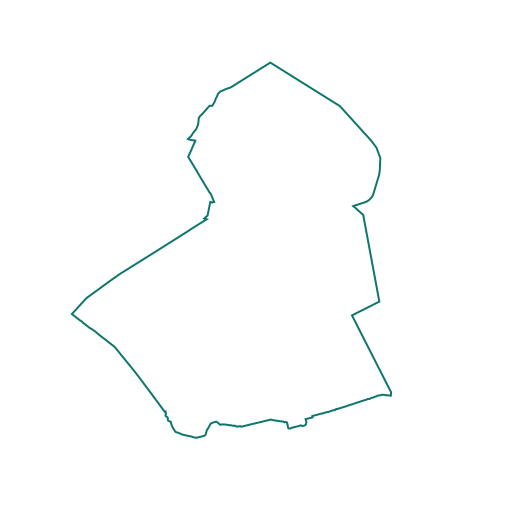 outline of Harderwijk, Gelderland, Netherlands, rotated 104°
{"feature_id": "6326949B59221460076915", "entity_name": "Harderwijk", "entity_type": "district", "adm_level": 2, "iso_a3": "NLD", "parent_name": "Netherlands", "parent_adm1": "Gelderland", "projection": "albers", "projection_center": [5.663, 52.34], "detail": "fine", "context": "isolated", "style": "outline", "palette": "teal", "viewbox_px": 512, "rotation_deg": 104, "n_neighbors": 0, "source": "geoboundaries", "source_scale": "gbopen_adm2", "svg_char_len": 5728}
<svg xmlns="http://www.w3.org/2000/svg" viewBox="0 0 512 512"><g transform="rotate(104 256 256)"><path d="M64.9,288.9L85.4,308.7L90.6,313.7L96.3,319.1L98.2,321.0L99.0,321.9L99.0,322.0L100.2,323.9L101.0,325.3L101.4,325.8L102.2,326.7L104.4,329.5L105.2,330.5L105.3,330.6L107.4,331.9L107.7,332.0L108.3,332.2L108.6,332.3L108.9,332.3L110.2,332.3L110.5,332.4L111.1,332.5L112.2,332.9L112.6,333.1L115.4,333.3L116.9,333.6L120.9,334.8L121.5,337.4L122.2,337.8L123.3,338.4L130.5,342.1L134.5,344.5L135.7,344.8L136.0,344.9L137.9,344.6L138.5,344.5L142.3,344.0L142.8,344.0L146.7,344.6L147.3,344.7L148.2,345.1L151.3,346.6L154.9,347.8L155.7,348.2L158.9,350.3L159.1,349.1L159.2,347.5L159.2,347.2L159.1,346.4L158.7,342.8L158.8,342.8L159.1,342.8L160.0,342.9L160.4,342.9L160.6,343.0L161.2,343.1L161.8,343.2L162.5,343.4L162.8,343.4L163.2,343.5L163.5,343.6L164.1,343.7L166.6,344.1L167.1,344.2L168.1,344.3L175.2,345.6L176.2,345.8L188.1,333.8L188.7,333.3L195.8,326.3L200.4,321.7L203.0,319.0L205.6,316.5L206.6,314.9L209.1,313.1L213.7,309.7L214.2,310.9L214.3,311.0L214.5,311.1L214.7,311.3L214.6,311.6L214.7,312.5L214.6,313.4L222.1,313.1L223.7,313.0L226.2,312.9L228.5,312.8L232.1,315.3L232.3,312.7L242.4,322.5L245.1,325.0L247.7,327.4L250.0,329.6L267.5,346.3L282.6,360.8L285.2,363.3L306.1,383.5L317.7,393.5L319.8,395.2L323.4,398.2L328.8,402.7L329.8,403.6L334.9,407.8L337.8,410.3L354.3,419.2L356.4,420.4L356.9,420.6L358.4,417.1L360.2,413.1L361.1,411.1L361.6,409.3L362.5,407.9L365.9,400.3L366.2,399.5L366.4,398.4L368.0,394.1L368.2,393.6L370.5,389.0L372.9,383.5L375.1,378.6L378.5,371.0L386.5,360.4L392.2,352.7L398.7,344.2L404.4,337.1L405.1,336.2L406.2,334.9L410.0,330.3L411.8,328.0L425.1,311.9L425.3,311.6L426.7,310.0L429.8,306.1L429.3,305.9L430.0,305.6L430.8,305.3L431.4,305.2L432.5,305.3L432.7,305.2L433.1,304.9L433.3,304.6L433.5,304.1L433.7,303.5L433.8,303.1L434.0,302.8L434.2,302.5L434.5,302.4L434.8,302.3L435.9,302.1L436.2,302.0L436.5,301.8L436.8,301.5L437.1,301.2L437.2,300.7L437.3,300.3L437.4,299.5L437.4,299.0L437.5,298.6L438.8,297.9L439.6,297.5L440.8,296.7L442.2,295.6L443.1,294.9L445.7,292.1L446.0,291.7L446.2,291.4L446.2,291.1L446.5,287.9L446.6,287.1L447.1,284.2L447.1,282.6L446.8,275.3L446.8,274.7L447.0,272.7L447.0,271.8L446.8,270.8L446.8,270.3L446.7,270.1L446.7,269.7L446.5,269.2L445.1,266.7L443.9,264.3L443.1,263.0L442.6,262.3L442.4,262.1L442.0,261.9L441.7,261.8L441.2,261.7L440.2,261.6L439.6,261.6L437.8,261.6L436.9,261.5L436.4,261.4L436.2,261.4L435.3,260.9L435.0,260.8L434.0,260.6L433.0,260.3L432.1,260.1L431.5,259.9L430.9,259.8L430.5,259.7L430.0,259.5L429.5,259.3L429.2,258.9L427.9,257.3L426.9,255.6L426.5,254.7L426.4,254.4L426.4,254.2L427.3,252.0L427.6,251.4L428.0,250.9L428.3,250.5L428.4,250.1L428.4,249.6L428.3,249.4L427.8,249.0L427.4,247.1L427.1,246.0L427.0,245.2L426.8,243.6L426.7,241.7L426.6,241.0L426.6,240.9L426.6,240.6L426.4,240.0L426.3,239.7L426.3,239.4L426.3,238.7L426.4,238.2L426.3,237.4L426.3,237.2L425.9,236.2L425.8,235.5L425.8,235.3L426.0,235.0L426.1,234.7L426.2,234.1L426.2,233.9L426.0,233.6L425.9,233.5L425.9,233.4L425.9,233.1L425.9,232.6L425.9,232.2L425.6,231.8L425.6,231.6L425.2,230.8L425.0,230.3L424.9,229.9L424.9,229.7L425.2,229.1L425.2,228.9L423.9,226.5L422.1,223.1L419.4,218.0L418.5,216.1L417.0,213.3L415.0,209.4L413.5,206.7L412.3,204.2L411.9,203.5L411.3,202.4L411.2,202.2L411.1,201.8L411.1,201.5L411.1,201.2L411.2,200.7L411.1,200.1L411.1,199.3L411.1,199.0L410.8,196.0L410.5,193.4L410.5,192.6L410.4,191.9L410.1,189.7L410.1,189.3L410.2,189.0L410.4,188.5L410.5,188.2L410.4,188.1L410.2,187.8L410.0,187.5L410.0,187.3L409.9,187.1L409.9,186.5L409.9,186.2L409.9,185.9L410.1,185.6L410.3,185.5L413.5,183.9L414.4,183.5L415.0,183.2L415.3,182.9L415.4,182.6L415.4,182.3L415.3,181.8L415.0,180.9L414.9,180.7L414.5,180.4L414.3,180.3L414.2,180.2L414.1,179.8L413.4,178.6L413.2,178.2L412.4,176.7L411.3,174.6L411.0,174.1L410.8,173.6L409.9,172.1L409.5,171.5L409.5,171.3L409.5,171.1L409.5,170.8L409.6,170.6L409.7,170.4L409.7,170.1L409.7,169.7L409.5,169.3L409.4,169.0L408.9,168.2L408.5,167.7L408.3,167.5L407.9,167.2L407.4,166.9L407.2,166.9L406.8,166.8L406.1,166.8L405.2,167.0L404.7,167.1L404.1,167.4L402.9,168.0L402.2,168.4L401.5,166.9L400.9,165.8L399.5,163.1L398.9,162.2L398.7,162.1L398.2,162.5L397.7,162.7L396.8,161.2L396.2,159.9L393.6,155.4L393.0,154.3L392.8,153.8L392.7,153.3L391.9,152.1L391.6,151.6L391.4,151.3L391.2,150.8L390.5,149.8L390.4,149.5L390.1,148.9L390.0,148.5L390.0,148.4L388.9,146.7L388.7,146.4L388.3,145.7L387.7,145.0L387.3,144.2L387.1,143.8L386.9,143.5L386.7,142.8L386.5,142.6L386.2,142.1L385.9,141.8L386.0,141.7L385.8,141.5L385.7,141.5L385.4,141.5L385.2,141.2L384.9,140.8L384.8,140.0L384.7,139.8L384.6,139.6L384.1,138.9L383.7,138.4L383.5,138.1L383.4,137.8L383.3,137.5L383.2,137.4L382.7,136.7L382.0,135.5L381.1,134.0L380.9,133.6L379.8,131.9L379.4,131.3L377.3,128.0L376.8,127.1L376.1,126.1L374.4,123.4L373.3,121.7L372.6,120.4L371.9,119.5L371.4,118.6L371.1,118.1L368.9,114.5L368.7,114.1L368.5,113.8L368.1,113.5L367.6,112.7L367.4,112.2L367.4,111.8L367.4,111.6L367.2,111.3L367.1,111.1L366.7,110.7L366.2,110.1L365.6,109.5L365.5,109.3L365.3,108.5L365.1,108.2L364.4,107.4L363.7,106.4L363.5,106.0L363.4,105.7L363.2,105.4L362.7,105.0L362.3,104.5L362.0,104.0L361.9,103.7L361.7,103.4L361.6,102.7L361.4,102.4L361.1,102.1L360.9,101.6L360.7,100.9L360.2,100.1L359.9,99.2L359.8,98.5L359.8,97.7L359.8,96.9L359.7,96.7L359.6,96.4L359.2,93.7L358.9,91.4L355.6,91.9L290.4,148.5L270.4,125.3L190.2,161.9L184.0,173.7L177.3,163.0L176.8,162.3L176.1,161.5L175.5,160.9L174.8,160.3L174.1,159.7L173.0,159.0L171.5,158.2L170.1,157.7L169.1,157.4L168.0,157.2L166.6,157.1L150.1,156.3L148.4,156.2L145.9,156.3L144.9,156.4L142.0,156.8L139.6,157.3L130.8,159.1L121.8,165.3L116.5,171.7L90.3,210.8L64.9,288.9Z" fill="none" stroke="#0f766e" stroke-width="2"/></g></svg>